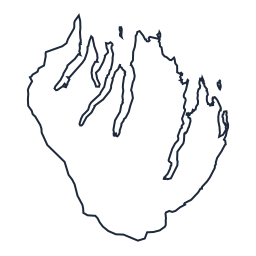 outline of Súðavíkurhreppur, Vestfirðir, Iceland
{"feature_id": "244011B7322015257461", "entity_name": "Súðavíkurhreppur", "entity_type": "district", "adm_level": 2, "iso_a3": "ISL", "parent_name": "Iceland", "parent_adm1": "Vestfirðir", "projection": "orthographic", "projection_center": [-22.738, 65.904], "detail": "fine", "context": "isolated", "style": "outline", "palette": "slate", "viewbox_px": 256, "rotation_deg": 0, "n_neighbors": 0, "source": "geoboundaries", "source_scale": "gbopen_adm2", "svg_char_len": 5718}
<svg xmlns="http://www.w3.org/2000/svg" viewBox="0 0 256 256"><path d="M83.4,212.9L87.6,215.3L95.3,215.8L97.5,218.1L99.8,222.5L102.9,226.6L108.3,231.0L115.9,234.3L123.5,234.6L137.9,240.6L144.8,238.5L147.1,232.3L153.5,232.0L159.7,230.4L164.8,226.8L165.7,225.1L165.8,221.7L165.6,220.5L166.0,218.9L165.5,213.6L166.0,212.4L169.2,211.0L172.3,211.9L175.5,210.9L180.2,207.2L185.0,204.7L184.2,203.9L184.8,203.0L191.2,199.8L198.1,192.5L200.5,188.6L201.9,188.7L202.0,186.9L207.1,181.4L209.9,177.4L214.8,167.9L214.9,165.8L215.9,164.1L215.8,162.3L217.1,158.0L221.5,151.3L224.8,145.1L225.7,144.4L225.2,140.6L223.9,139.7L225.9,135.7L226.7,131.3L228.0,127.7L228.1,124.3L226.7,120.6L226.9,116.8L226.3,114.7L226.7,113.0L226.4,111.3L224.1,111.6L223.2,114.6L222.7,114.8L222.4,116.9L223.1,117.8L223.4,121.8L225.0,124.5L225.5,123.8L226.1,124.8L225.7,127.8L226.2,129.3L223.1,134.7L219.1,136.8L219.3,135.8L219.7,136.2L219.3,135.7L219.9,132.9L219.5,127.0L218.4,121.2L218.3,116.7L219.1,112.0L220.1,110.4L220.7,110.4L220.8,109.4L220.5,109.2L220.9,108.6L220.4,106.6L217.3,100.1L215.1,97.3L214.4,97.1L213.4,98.3L213.0,96.8L212.5,98.8L212.6,100.5L213.6,102.6L212.9,103.2L213.1,105.1L212.3,105.2L211.7,103.4L211.2,104.0L211.2,105.3L210.1,105.6L209.3,104.2L208.0,104.0L208.0,103.0L207.4,102.5L206.8,99.9L206.9,96.2L207.9,94.6L207.0,90.6L206.5,90.5L206.9,89.1L204.4,85.9L204.2,83.6L203.3,83.4L203.2,82.6L203.7,82.4L203.6,80.9L202.3,77.8L201.9,80.4L201.1,79.1L200.8,79.7L201.1,80.3L200.3,80.0L200.4,79.1L200.1,78.9L199.3,82.5L199.5,84.5L200.2,85.8L200.1,86.8L199.7,88.5L198.5,89.2L197.5,93.4L197.9,94.8L197.4,98.7L198.0,100.7L197.9,104.1L196.2,106.4L195.5,109.6L193.4,110.1L193.7,111.1L192.6,111.8L192.4,111.1L191.8,112.9L190.4,113.2L189.6,115.0L189.1,115.2L188.7,114.0L188.2,115.0L188.3,117.4L190.2,118.4L190.5,121.2L188.8,127.3L188.3,127.8L187.1,131.4L185.7,133.2L185.2,132.7L184.3,133.6L184.0,140.5L183.3,143.4L177.4,151.6L177.1,159.8L177.6,161.3L177.4,165.3L170.9,178.3L167.6,179.2L164.8,177.9L165.0,179.0L163.8,178.9L164.0,178.0L167.8,173.6L170.1,168.6L170.7,165.9L171.3,165.5L171.4,163.1L168.9,161.2L168.6,160.1L172.2,148.9L175.0,143.6L178.1,140.2L178.4,138.3L177.8,136.1L180.5,128.9L182.0,127.7L181.6,126.4L181.9,125.5L183.6,123.6L182.0,118.8L185.1,110.4L185.0,109.3L184.0,108.3L183.9,106.5L185.7,100.4L185.3,98.4L183.9,97.1L183.7,95.9L184.3,93.5L185.9,90.0L188.2,80.4L187.6,79.9L186.5,83.3L186.1,82.5L182.7,83.9L182.2,82.4L181.5,82.3L181.3,81.0L180.8,80.7L181.8,80.6L182.0,79.9L180.8,79.9L180.8,77.9L180.1,76.9L181.1,75.0L182.0,75.1L182.3,73.9L181.1,72.7L179.7,73.7L177.2,72.3L177.1,65.7L175.3,63.4L174.5,58.6L174.0,57.6L171.4,60.1L169.8,59.9L166.5,57.1L164.5,56.3L162.6,54.0L161.5,47.4L160.0,46.3L159.7,42.6L158.7,41.4L159.6,40.0L159.7,39.2L159.4,38.3L160.3,36.3L160.2,33.6L159.4,32.1L159.2,33.1L157.3,34.7L158.5,37.2L158.4,38.8L150.1,36.9L148.9,37.6L148.7,38.4L149.6,40.6L148.6,41.4L146.7,41.2L145.9,39.4L145.1,39.4L143.1,35.5L139.6,31.1L137.4,31.9L136.6,34.8L135.7,35.8L135.7,40.2L134.8,46.9L133.2,51.8L132.9,60.4L131.0,63.1L131.2,64.4L130.8,65.1L131.8,65.7L133.3,68.7L134.7,76.0L134.1,79.4L132.8,82.4L131.1,90.3L132.0,92.3L132.9,98.1L130.4,105.4L128.7,111.9L125.7,117.7L124.1,118.9L123.5,120.8L121.3,124.0L121.5,125.0L119.7,130.7L119.7,132.2L119.1,134.1L117.5,136.3L116.4,136.0L115.6,134.6L116.2,133.8L116.0,133.4L115.1,134.1L114.5,135.7L113.8,135.5L113.7,134.6L114.5,134.9L113.8,133.8L113.9,132.1L113.4,129.9L115.0,120.4L120.0,111.9L121.3,105.1L122.9,102.7L122.5,102.2L122.9,99.9L122.4,96.3L123.3,90.9L122.8,87.0L123.0,84.5L124.0,77.1L125.2,74.7L124.8,73.7L125.1,72.6L124.7,72.6L124.9,71.4L122.4,69.1L121.7,67.6L120.4,67.1L120.0,65.9L120.2,64.1L118.2,69.1L115.1,72.2L113.4,77.2L112.3,78.3L112.8,79.0L112.7,80.2L111.2,85.1L111.0,88.2L109.6,91.4L103.1,99.5L94.6,105.8L94.9,106.1L91.5,112.5L86.5,117.2L82.6,124.5L81.5,125.5L80.2,125.4L79.5,123.9L81.1,118.7L82.7,115.4L88.1,109.9L89.7,104.8L91.2,102.4L100.0,94.3L100.7,92.4L104.3,86.7L106.2,78.0L107.1,77.5L107.3,75.5L108.8,74.4L109.8,70.2L110.8,69.4L112.3,62.8L112.7,59.1L112.5,58.4L113.2,54.0L111.4,48.4L111.6,46.2L112.6,45.1L112.2,43.8L110.5,42.3L108.2,43.7L106.0,43.1L106.7,48.1L107.8,50.3L108.0,52.5L104.8,55.8L105.0,56.9L103.3,61.9L99.2,69.6L96.0,72.7L97.2,79.0L99.7,84.2L99.0,86.7L96.1,86.6L94.7,82.4L92.3,78.1L91.5,72.1L92.0,70.9L91.8,70.0L92.4,67.2L95.1,61.9L97.6,61.8L96.8,60.5L97.6,57.9L97.2,55.9L97.3,54.6L94.3,46.2L92.5,37.6L91.2,36.4L89.5,40.9L88.3,46.0L87.5,46.9L87.6,48.8L87.2,52.1L84.8,59.1L82.5,62.6L69.4,77.4L67.6,77.2L69.4,79.5L67.4,83.2L67.4,84.5L66.7,85.1L66.0,87.2L64.9,86.9L65.9,86.4L65.6,85.9L66.0,85.1L64.6,83.7L62.7,86.3L57.4,90.0L56.1,90.2L54.5,88.5L55.4,86.3L60.5,80.0L63.2,74.9L63.4,73.6L67.1,67.4L67.4,65.5L74.8,59.0L78.4,54.2L80.2,54.9L79.8,54.2L80.0,52.9L79.3,51.4L79.9,48.2L79.6,44.8L80.7,44.1L80.6,43.5L80.3,43.5L80.6,44.0L79.7,44.1L79.9,43.2L80.7,42.5L81.1,42.9L80.6,41.4L80.8,40.0L80.4,38.5L80.0,32.3L80.4,28.0L80.2,20.9L78.8,15.4L74.8,21.0L74.3,22.8L74.3,27.0L73.9,28.6L68.1,38.8L66.5,43.2L62.2,46.3L45.9,52.1L45.6,53.2L45.7,56.4L44.0,65.5L38.7,68.4L37.5,71.7L32.6,74.6L31.5,76.4L29.9,77.2L32.1,81.3L28.9,87.0L27.9,89.9L28.3,94.1L27.9,99.2L28.2,105.8L31.7,110.7L32.7,114.2L35.2,116.5L40.2,124.9L41.4,128.5L41.7,132.7L47.3,145.0L64.6,161.9L68.6,174.9L72.1,179.5L74.6,184.3L77.5,195.7L82.4,204.9L83.1,208.1L83.4,212.9ZM121.7,37.1L121.3,35.7L121.8,29.4L121.1,27.2L119.7,27.3L119.6,29.7L120.6,32.3L120.0,34.0L120.0,35.6L121.7,37.1ZM219.9,82.8L219.9,81.8L219.8,82.6L217.7,82.7L217.6,84.1L217.9,85.6L219.1,88.0L219.3,87.5L219.7,88.2L219.8,87.6L220.3,88.4L220.7,87.2L220.6,85.0L219.9,82.8ZM187.9,113.3L186.9,113.4L186.6,114.8L187.4,115.0L187.9,113.3ZM220.1,81.0L219.8,80.6L219.4,81.0L219.7,81.4L220.1,81.0Z" fill="none" stroke="#1e293b" stroke-width="2"/></svg>